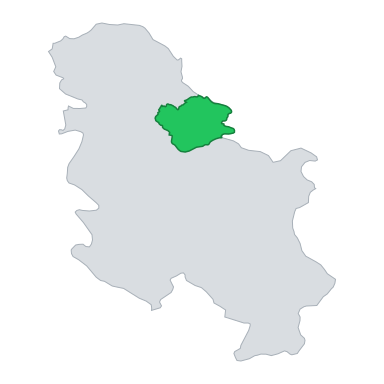 location of Južno-Banatski within Republic of Serbia
{"feature_id": "SRB-1060", "entity_name": "Južno-Banatski", "entity_type": "District", "adm_level": 1, "iso_a3": "SRB", "parent_name": "Republic of Serbia", "parent_adm1": "", "projection": "robinson", "projection_center": [20.779, 44.991], "detail": "fine", "context": "in_parent", "style": "filled", "palette": "green", "viewbox_px": 384, "rotation_deg": 0, "n_neighbors": 0, "source": "natural_earth", "source_scale": "10m", "svg_char_len": 6814}
<svg xmlns="http://www.w3.org/2000/svg" viewBox="0 0 384 384"><path d="M222.2,137.7L233.5,140.9L238.6,143.9L241.3,147.7L248.6,150.3L260.3,151.6L268.5,155.6L273.1,162.3L280.5,160.7L290.9,150.7L301.0,148.1L311.1,152.9L316.6,156.8L317.5,159.9L315.2,161.1L309.6,160.5L305.0,162.4L301.5,166.8L301.0,171.5L303.5,176.5L307.1,179.9L311.7,181.8L314.2,184.4L314.5,187.7L315.7,188.6L313.1,190.1L310.3,192.3L308.7,196.3L308.4,202.6L299.5,207.6L296.1,208.5L294.7,211.7L292.4,221.0L292.7,228.0L294.0,231.6L294.5,234.4L297.4,238.0L300.1,243.5L301.9,250.7L305.8,256.2L315.8,261.7L320.8,264.9L324.5,269.5L327.3,273.7L335.5,279.3L334.9,283.2L333.2,287.1L331.3,288.9L327.3,293.9L323.3,296.7L316.8,305.5L306.5,306.0L304.0,306.7L300.1,309.1L298.2,313.5L300.1,317.0L300.0,320.6L298.1,327.5L300.7,334.9L304.4,338.3L305.0,340.3L304.4,343.8L299.0,350.9L297.3,353.5L291.8,354.8L290.0,354.1L287.1,351.7L284.5,350.9L278.0,353.8L271.3,355.6L266.1,354.2L260.9,354.1L257.4,355.2L254.7,355.7L249.4,358.7L240.9,361.0L237.0,360.5L235.5,357.6L233.9,353.5L234.7,351.6L240.3,348.4L240.9,345.3L248.7,330.4L250.2,325.6L250.2,324.0L248.2,323.0L243.9,323.0L224.8,317.0L225.6,310.0L220.0,306.3L214.0,303.0L213.0,299.3L206.3,291.8L201.4,287.6L195.1,285.5L189.8,282.4L186.5,280.5L185.1,277.0L185.1,274.9L183.5,272.9L180.9,273.2L176.5,275.9L171.1,278.3L170.1,280.1L172.1,284.2L173.5,286.9L172.8,289.4L171.1,292.5L160.7,299.5L159.5,302.0L161.5,305.9L160.2,307.8L151.5,310.4L151.7,308.2L151.2,304.7L146.2,301.1L139.2,298.2L123.6,288.4L117.6,287.2L112.2,286.0L104.5,281.3L100.6,280.5L96.2,277.2L86.7,265.9L78.6,259.7L73.1,256.6L71.5,253.6L71.2,250.5L71.4,249.4L75.7,245.0L78.9,244.4L83.0,244.2L85.8,246.5L89.4,246.9L91.4,244.1L92.5,240.0L92.0,234.7L83.4,222.5L76.1,214.0L75.2,212.1L76.8,210.5L79.4,209.7L82.2,210.4L89.4,211.0L96.4,210.2L98.8,208.1L98.8,205.4L96.3,202.8L88.2,195.8L81.9,189.6L74.5,184.9L69.0,183.0L67.3,180.6L66.7,178.0L67.3,173.3L67.7,167.3L69.1,163.6L74.1,156.4L78.9,148.9L81.9,141.7L83.5,134.9L82.9,133.0L80.5,131.6L75.2,130.1L67.9,131.4L61.7,133.8L59.3,134.0L58.5,131.0L59.5,129.7L61.4,129.8L63.0,130.4L64.7,129.0L65.8,125.0L63.3,111.0L68.0,109.8L68.1,107.8L68.5,106.0L73.3,108.4L80.0,108.5L85.8,108.0L86.7,106.6L86.7,104.6L85.5,103.1L83.4,101.8L81.9,99.9L77.9,99.0L65.6,94.0L59.5,88.7L59.8,83.0L61.6,79.9L63.7,78.8L63.1,77.8L56.1,75.1L53.7,71.5L55.8,66.8L52.2,57.3L48.5,51.5L52.2,48.9L52.8,45.3L53.1,43.3L54.7,43.3L60.7,40.9L62.9,38.9L64.2,36.7L65.7,36.1L69.7,38.6L74.0,38.8L78.8,37.2L82.4,35.0L86.7,33.2L88.7,32.0L91.2,30.0L96.2,24.2L101.9,23.0L109.5,24.5L117.8,25.0L123.9,23.7L139.5,25.4L142.9,26.7L145.0,28.2L149.1,33.1L153.0,39.6L158.5,42.5L165.0,46.0L168.3,48.6L173.3,56.3L177.1,60.0L178.4,59.9L179.7,58.9L180.6,58.1L181.7,58.8L181.7,61.1L182.0,66.3L181.0,71.8L182.4,77.0L182.5,78.6L181.5,80.1L181.6,81.4L183.0,82.8L188.3,86.3L193.2,91.6L198.8,95.3L204.1,97.7L207.4,97.8L212.8,102.1L223.6,105.2L227.0,106.3L229.4,108.1L231.1,110.1L231.2,112.3L229.6,113.4L227.3,116.3L226.3,119.9L224.6,120.8L222.9,120.9L221.6,122.0L221.9,123.5L223.4,125.0L225.6,126.4L229.9,127.7L234.1,129.7L234.1,131.3L233.2,133.0L227.9,133.7L223.8,133.9L222.0,134.7L222.2,137.7Z" fill="#d9dde1" stroke="#a8b0b8" stroke-width="1"/><path d="M198.4,95.3L201.6,96.6L202.3,97.1L202.9,97.7L203.5,98.2L204.3,98.3L205.0,98.1L206.1,97.0L206.8,96.8L207.9,97.6L210.3,100.6L211.4,101.8L213.7,103.2L215.0,103.6L217.9,103.7L225.2,105.7L227.2,106.6L229.0,107.9L230.7,109.7L231.3,110.4L231.6,111.5L231.4,112.5L230.5,113.2L229.6,113.3L228.9,113.6L228.3,114.1L227.8,114.8L227.9,115.5L227.9,116.1L227.9,116.5L227.7,116.9L227.1,117.5L226.9,117.8L226.7,119.0L226.6,119.6L226.4,120.0L225.5,120.7L224.8,120.9L223.0,121.0L222.4,121.3L221.9,122.0L221.5,122.9L221.7,123.6L222.6,123.8L223.8,123.9L224.0,124.3L223.8,124.9L223.9,125.4L225.5,126.3L228.8,126.8L230.6,127.6L233.0,128.4L234.0,129.2L234.5,130.6L234.4,132.3L233.4,133.0L230.6,133.7L228.6,134.0L224.6,133.8L222.8,134.4L221.9,135.1L221.2,136.1L221.0,137.2L222.2,137.7L219.3,137.8L215.9,138.8L212.7,140.3L210.3,141.9L209.7,142.8L209.2,143.7L208.6,144.5L207.7,144.8L206.0,144.7L205.0,144.8L204.4,145.1L202.7,146.3L199.8,146.7L196.5,147.2L189.2,151.0L185.2,152.0L183.0,151.7L180.9,151.4L179.4,150.4L177.9,149.0L175.4,145.7L174.5,144.8L172.6,143.8L171.9,143.0L171.5,142.0L171.5,141.0L172.2,136.8L172.1,135.7L171.2,135.3L169.2,135.0L169.3,133.6L169.6,133.3L169.7,133.1L169.7,132.9L169.7,132.7L169.6,132.3L169.4,132.2L169.1,131.8L168.6,131.3L168.1,130.8L167.7,130.5L167.5,130.4L167.3,130.3L166.7,130.1L166.4,130.0L165.7,129.6L164.8,129.3L164.5,129.2L164.1,128.9L163.5,128.4L163.1,128.0L163.0,127.8L162.6,127.4L162.6,127.2L162.5,126.8L162.6,126.3L162.6,126.1L162.5,125.9L162.4,125.6L162.2,125.5L162.1,125.4L161.4,125.3L161.1,125.3L160.7,125.2L160.4,124.9L159.7,124.4L159.3,124.0L159.2,123.8L159.0,123.6L159.0,123.4L158.9,123.0L158.8,122.9L158.7,122.7L157.9,122.1L157.4,121.8L156.5,121.2L156.3,121.1L156.0,120.8L155.8,120.5L155.7,120.3L155.6,120.0L155.6,119.5L155.5,119.3L155.2,118.6L155.2,118.4L155.2,118.2L155.4,117.7L155.5,117.5L155.5,117.3L155.4,117.2L155.8,116.4L156.4,115.9L156.7,115.5L157.2,115.2L157.3,115.1L158.0,114.3L158.1,114.1L158.1,113.9L158.1,113.7L158.1,113.4L157.9,113.1L157.8,112.9L158.0,112.6L158.3,112.3L158.4,112.2L158.5,112.1L159.0,112.0L159.1,111.9L159.3,111.8L159.5,111.6L159.6,111.3L159.6,111.1L159.2,110.6L158.8,110.1L158.7,109.9L158.8,109.7L159.0,109.5L159.5,108.8L159.7,108.6L159.8,108.3L160.1,107.8L160.3,107.4L161.0,106.6L161.1,106.4L161.3,105.9L161.3,105.7L161.6,105.4L161.8,105.3L162.0,105.4L162.1,105.5L162.3,106.1L162.4,106.3L162.5,106.4L162.8,106.4L163.0,106.4L163.3,106.3L163.6,106.2L163.8,106.0L164.0,106.0L164.3,106.1L164.9,106.6L165.2,106.7L165.4,106.7L165.6,106.6L165.8,106.5L165.9,106.4L166.2,106.1L166.2,105.9L166.4,105.3L166.6,104.7L166.8,104.4L167.1,104.2L167.3,104.1L167.7,104.0L167.9,104.0L168.1,104.1L168.3,104.1L169.2,104.6L169.5,104.6L169.8,104.7L170.6,104.7L170.8,104.8L171.3,104.9L172.2,105.4L172.8,105.7L173.3,105.9L173.7,106.3L173.9,106.5L175.2,107.2L175.3,107.2L175.5,107.3L175.8,107.6L176.2,108.1L176.9,109.0L177.4,109.5L177.5,109.6L177.8,109.7L178.0,109.6L178.3,109.5L178.4,109.4L178.5,109.2L178.7,108.3L178.9,107.8L179.0,107.7L179.0,107.2L179.2,106.9L179.5,106.6L179.8,106.4L180.0,106.4L180.5,106.3L180.8,106.1L181.0,106.0L181.1,105.9L181.3,105.5L181.5,105.3L181.6,105.2L182.2,105.1L183.2,104.8L183.4,104.7L183.7,104.4L183.8,104.3L184.0,104.0L184.2,103.8L185.1,103.0L185.3,102.9L186.4,102.3L185.5,101.7L184.6,101.1L184.5,100.9L184.6,100.7L184.9,100.5L186.1,100.2L186.5,100.0L186.7,99.9L187.4,99.5L188.1,99.0L189.1,98.3L190.5,97.4L190.9,97.2L191.3,97.1L191.5,97.0L191.8,97.0L192.8,97.0L193.1,97.0L193.3,96.9L194.1,96.7L194.4,96.6L194.9,96.6L195.2,96.6L195.5,96.7L196.0,96.9L197.7,96.7L197.8,96.5L198.1,96.0L198.3,95.4L198.4,95.3Z" fill="#22c55e" stroke="#15803d" stroke-width="1.5"/></svg>